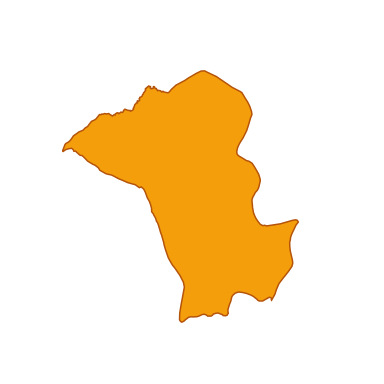 the district of Sandu, Upper River, Gambia, rotated 218°
{"feature_id": "56634734B93657392024497", "entity_name": "Sandu", "entity_type": "district", "adm_level": 2, "iso_a3": "GMB", "parent_name": "Gambia", "parent_adm1": "Upper River", "projection": "robinson", "projection_center": [-14.362, 13.426], "detail": "fine", "context": "isolated", "style": "filled", "palette": "amber", "viewbox_px": 384, "rotation_deg": 218, "n_neighbors": 0, "source": "geoboundaries", "source_scale": "gbopen_adm2", "svg_char_len": 4666}
<svg xmlns="http://www.w3.org/2000/svg" viewBox="0 0 384 384"><g transform="rotate(218 192 192)"><path d="M318.8,144.5L318.5,144.6L317.6,147.6L316.3,149.6L313.8,152.3L311.8,152.3L310.3,151.4L308.8,152.5L307.1,152.3L303.0,152.0L301.1,153.0L299.6,153.0L293.1,152.1L287.1,152.8L284.5,153.5L284.4,153.4L280.8,153.4L277.9,152.4L271.2,153.4L269.0,154.3L265.8,155.9L258.0,157.3L253.4,158.6L248.5,159.8L244.1,161.6L241.2,162.8L236.2,163.0L235.1,164.7L231.9,164.6L228.7,163.1L223.6,159.9L219.9,158.4L216.8,156.5L213.8,154.2L211.6,151.6L208.8,150.9L208.4,150.5L204.5,148.9L201.7,146.9L200.6,146.8L197.4,144.8L191.9,140.8L189.1,139.1L183.1,134.7L181.6,133.3L178.4,131.0L177.6,130.4L170.2,125.6L167.0,124.2L166.4,124.0L164.8,123.3L162.2,122.3L158.6,121.5L150.1,118.8L143.2,115.6L140.1,112.9L139.5,112.4L137.7,109.0L137.6,108.8L131.2,96.5L127.1,89.0L123.3,83.8L122.3,83.2L120.8,83.0L120.2,83.0L119.5,83.8L118.8,85.5L118.6,86.4L118.6,87.6L118.2,88.5L117.8,90.2L117.3,91.6L115.9,93.1L114.3,94.2L112.1,96.1L111.0,97.2L110.1,98.6L109.6,99.6L108.5,101.8L106.9,103.3L105.1,103.9L103.0,103.9L102.5,104.5L101.0,105.6L100.3,106.5L100.0,107.5L100.0,109.1L99.2,110.1L98.5,111.2L97.2,112.4L96.9,112.7L92.4,114.1L91.4,113.8L91.0,114.1L89.5,115.0L88.5,116.4L88.7,117.4L88.7,118.6L89.3,119.3L89.8,119.6L90.6,120.6L91.5,121.9L92.0,123.2L93.5,127.2L93.6,127.7L94.0,129.1L94.4,130.2L95.4,132.5L95.7,132.9L96.1,134.0L96.2,135.1L96.2,136.6L95.9,137.5L95.8,138.7L95.0,139.9L94.2,141.3L92.9,142.4L91.3,143.4L90.1,144.0L88.5,144.8L86.0,145.9L85.1,146.1L82.9,146.8L82.0,147.1L79.4,147.5L75.0,147.5L73.5,147.2L71.9,147.5L69.2,149.6L66.4,156.5L64.9,157.3L63.9,157.0L63.7,157.0L63.3,156.0L62.7,155.7L62.7,156.0L63.5,161.2L63.7,162.4L65.5,167.3L65.9,168.9L67.1,173.4L67.2,180.7L67.2,181.5L67.1,181.9L67.1,185.0L67.1,188.2L67.1,189.2L67.4,193.8L67.5,194.9L67.6,195.3L68.2,196.7L69.0,198.2L71.0,200.2L77.6,205.5L78.6,206.4L79.7,207.5L81.7,209.6L84.2,212.7L84.9,214.5L86.4,217.0L87.6,220.5L88.1,222.8L89.5,229.2L89.7,230.1L89.7,233.6L90.3,234.1L91.9,234.5L93.3,233.8L95.3,231.6L101.5,223.1L102.7,221.4L112.3,211.2L114.1,210.6L115.5,209.1L117.1,208.8L118.7,208.6L119.4,208.8L122.5,209.6L125.4,210.6L128.1,211.9L130.1,213.1L130.9,213.6L134.1,216.5L134.6,216.9L137.1,219.7L137.8,220.3L139.9,222.7L140.9,225.3L141.0,226.0L141.3,228.1L141.8,230.5L141.6,233.6L142.0,235.9L142.8,238.0L143.8,240.1L145.0,242.7L145.7,243.5L145.8,243.6L146.1,244.0L148.3,245.6L150.2,246.9L150.3,247.0L154.0,248.6L157.8,250.1L158.6,250.4L161.6,251.4L162.2,251.6L163.0,251.6L166.1,251.3L168.3,250.3L174.6,249.6L175.6,249.5L176.0,249.3L176.9,249.3L178.9,249.3L180.4,250.1L181.9,251.8L183.4,255.1L184.3,258.7L184.7,261.8L185.1,266.2L185.6,268.6L186.8,274.4L187.2,275.3L188.1,277.9L189.5,281.6L190.0,282.8L191.3,286.0L192.5,290.0L194.7,292.1L199.3,295.1L199.8,295.4L203.4,297.1L207.9,298.7L213.9,301.0L216.2,300.8L224.6,299.2L243.6,298.0L254.5,295.6L256.5,295.3L259.3,292.9L261.6,288.2L265.0,279.7L266.4,275.3L267.8,272.2L270.4,266.3L271.4,260.3L271.5,256.8L272.0,255.3L272.4,255.2L272.7,255.0L275.5,253.6L276.9,253.5L277.3,252.3L279.4,252.3L281.2,251.3L281.4,250.7L282.8,251.1L283.8,251.5L284.1,251.0L284.8,251.0L286.1,251.7L286.8,251.7L287.2,251.4L287.2,250.9L286.5,250.2L286.4,249.8L287.2,248.8L287.8,248.2L288.8,248.2L289.1,249.0L289.6,249.5L290.2,248.8L290.5,248.7L290.9,249.0L291.2,249.0L291.5,248.7L291.5,248.4L291.9,246.5L291.9,246.1L291.9,245.5L292.2,245.3L292.2,244.4L291.2,243.6L291.1,241.1L291.2,240.1L290.8,239.6L290.8,238.0L290.5,237.4L290.4,236.3L290.7,235.8L290.8,235.2L291.4,234.4L291.0,233.8L291.0,233.3L291.0,232.8L290.3,232.5L289.8,232.3L289.8,231.7L290.1,230.3L291.0,230.4L291.1,229.9L290.4,228.8L290.0,228.5L290.7,227.9L290.6,226.6L290.8,226.1L290.8,225.3L290.3,224.5L290.3,223.8L289.7,222.8L289.9,221.8L289.1,221.2L289.1,220.5L289.1,220.1L289.4,219.3L289.7,218.7L290.0,218.3L290.3,217.9L290.9,218.2L291.3,217.7L292.1,217.4L292.8,216.8L293.3,216.7L294.3,216.5L295.3,216.0L295.8,216.0L295.8,215.0L296.1,214.6L296.1,213.9L295.7,213.5L295.7,212.0L297.3,211.1L297.4,210.4L297.5,210.1L297.7,209.4L298.0,208.6L298.4,208.6L299.1,208.8L299.7,208.4L300.3,206.9L300.5,206.1L300.0,205.5L300.3,205.3L301.2,204.5L301.2,203.7L301.5,202.8L302.6,202.9L302.9,202.6L304.3,202.6L304.9,202.5L305.9,202.6L306.5,201.8L306.9,201.5L306.9,201.4L307.2,201.0L308.4,200.4L309.3,199.9L309.6,199.3L309.6,199.0L311.3,197.6L311.3,196.9L312.6,196.0L312.6,191.2L312.7,190.1L313.3,188.4L314.6,186.0L314.7,185.4L314.7,182.3L314.7,181.8L314.6,179.2L315.6,176.8L315.9,173.6L318.2,169.5L318.7,167.4L320.0,163.3L319.7,159.4L319.8,156.6L320.4,154.5L321.3,152.5L321.3,151.2L319.4,145.0L318.8,144.5Z" fill="#f59e0b" stroke="#b45309" stroke-width="1.5"/></g></svg>